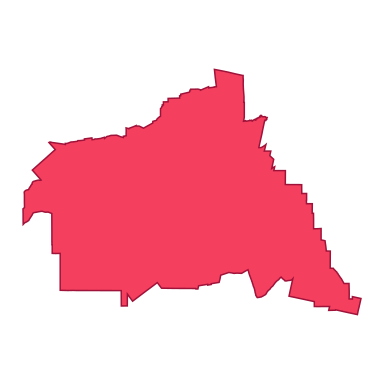 Río Segundo, Córdoba, Argentina
{"feature_id": "61730980B13530253245747", "entity_name": "Río Segundo", "entity_type": "district", "adm_level": 2, "iso_a3": "ARG", "parent_name": "Argentina", "parent_adm1": "Córdoba", "projection": "albers", "projection_center": [-63.428, -31.688], "detail": "fine", "context": "isolated", "style": "filled", "palette": "rose", "viewbox_px": 384, "rotation_deg": 0, "n_neighbors": 0, "source": "geoboundaries", "source_scale": "gbopen_adm2", "svg_char_len": 5882}
<svg xmlns="http://www.w3.org/2000/svg" viewBox="0 0 384 384"><path d="M242.9,75.5L235.5,73.9L228.0,72.1L221.2,70.7L214.4,69.4L214.6,71.1L215.3,78.0L216.4,86.7L214.2,86.9L214.2,87.2L209.7,87.7L208.8,87.9L208.6,86.7L205.4,88.1L200.6,90.1L200.6,89.8L198.4,89.2L197.8,89.1L194.5,89.2L191.2,89.2L190.8,89.2L190.8,89.7L190.0,90.1L189.8,91.0L189.8,91.5L189.4,92.1L187.5,92.6L180.7,94.2L180.7,95.7L179.6,95.8L179.6,98.1L168.1,98.4L168.1,101.8L163.4,101.9L163.4,104.9L162.3,104.9L162.4,106.1L161.9,106.3L161.5,107.6L160.5,108.6L160.5,116.3L160.1,116.5L159.7,116.8L159.4,116.8L158.8,117.5L158.3,117.8L157.1,118.9L156.5,120.3L152.8,121.4L152.8,123.0L143.4,128.2L142.8,127.8L139.2,126.1L135.7,126.0L135.8,125.7L133.4,126.7L128.8,128.4L128.8,128.7L126.1,127.9L126.2,130.8L126.1,134.1L126.2,135.7L124.7,136.0L124.3,136.1L124.3,136.3L123.4,136.2L123.3,137.5L120.5,136.7L116.7,135.2L110.9,135.4L109.4,135.9L109.3,136.0L106.9,136.5L105.9,137.3L105.7,137.5L104.6,138.4L104.4,137.3L101.2,138.2L100.9,138.4L96.4,139.0L95.6,138.9L94.5,139.1L94.4,139.4L92.1,139.7L91.9,137.9L89.0,138.3L84.4,138.9L84.5,140.0L81.9,140.4L79.7,140.6L77.9,140.6L77.3,141.3L72.8,141.9L70.9,142.0L68.1,143.1L66.3,143.5L65.3,143.4L65.3,144.5L63.5,144.1L55.8,143.0L50.7,142.3L50.7,142.1L49.6,142.1L48.9,142.5L54.0,148.2L55.3,149.6L52.3,152.2L48.1,156.0L46.7,157.3L40.9,162.4L32.3,170.1L39.2,177.9L41.1,180.1L40.6,180.3L39.6,180.3L38.5,180.1L38.2,180.1L37.1,180.4L36.6,180.5L34.2,181.2L33.5,181.4L32.9,181.8L32.7,182.0L32.4,182.6L32.1,183.1L32.1,183.6L32.2,183.8L32.2,184.0L31.7,184.3L31.5,184.5L31.3,184.9L30.8,185.6L30.6,186.3L29.9,187.0L29.7,187.7L29.1,188.2L28.8,189.3L28.6,189.6L26.4,190.1L25.8,190.4L25.2,190.8L24.9,191.1L24.7,191.5L24.5,191.8L24.2,192.0L24.4,194.8L24.4,202.1L24.5,207.4L23.6,208.4L23.0,208.8L23.1,213.9L23.1,219.8L23.2,224.4L24.6,222.9L25.3,222.5L25.8,222.3L27.3,221.5L28.8,220.4L29.6,218.9L32.0,215.2L33.0,213.2L33.7,212.7L37.0,212.1L38.4,211.8L40.8,211.4L42.2,211.3L44.5,212.0L45.6,212.2L47.6,212.1L48.2,212.1L51.8,213.5L51.9,232.9L51.9,236.6L51.9,241.9L52.0,241.9L51.9,244.7L52.2,244.7L52.2,253.4L55.5,253.5L60.2,253.4L60.2,255.9L60.2,258.5L60.2,261.9L60.2,270.9L60.2,274.2L60.2,277.2L60.2,290.3L67.9,290.5L73.3,290.4L76.2,290.5L82.0,290.5L118.9,290.6L121.2,290.6L121.3,306.0L127.3,305.9L127.4,294.1L132.6,301.2L146.6,290.6L149.6,288.4L157.3,282.6L161.5,288.2L174.7,288.4L195.6,288.5L195.8,289.0L197.9,289.0L198.6,285.8L207.7,284.3L207.7,285.1L211.2,284.5L211.2,283.7L219.1,282.4L219.9,279.4L220.4,276.9L220.7,275.2L228.8,272.5L231.7,272.9L234.0,273.4L237.0,273.1L240.5,273.3L241.7,273.3L245.4,271.1L248.0,269.7L249.3,274.4L251.7,280.8L251.7,281.1L252.3,282.3L252.3,282.9L252.6,283.7L253.0,284.7L253.1,285.4L253.5,286.6L254.1,287.7L254.2,288.3L254.6,289.5L254.6,289.8L255.0,291.3L255.0,291.9L255.1,292.2L255.2,292.5L255.2,292.8L255.4,293.3L255.6,294.1L255.7,294.4L255.7,294.8L255.8,295.2L255.9,295.5L256.1,295.7L256.3,296.1L256.9,297.0L257.1,297.5L257.3,297.6L259.5,297.3L260.0,297.1L260.4,297.1L261.2,297.0L262.3,296.4L262.9,296.1L264.2,295.3L265.2,294.8L266.1,293.9L266.2,293.7L267.0,292.1L268.4,290.4L269.8,289.3L270.3,288.7L270.7,288.0L271.3,287.3L271.5,287.1L272.6,286.2L273.0,285.8L273.9,284.4L274.3,284.0L274.5,283.5L274.9,283.1L275.2,282.8L275.3,282.5L275.9,282.0L276.3,281.5L277.0,280.8L277.6,280.5L277.9,280.2L278.9,279.5L279.2,278.9L279.7,278.4L280.0,277.9L280.4,277.8L280.6,277.5L281.1,277.1L281.6,277.6L281.9,278.0L282.3,278.3L282.7,278.8L283.2,279.1L283.5,279.5L284.0,279.7L284.3,280.1L284.7,280.3L284.9,280.7L285.0,280.9L286.8,280.9L287.7,280.6L289.9,280.4L290.9,280.2L291.9,279.7L292.8,278.7L291.2,286.0L289.0,296.2L294.3,297.3L307.4,300.1L314.3,301.6L314.3,306.5L318.1,306.6L322.7,306.5L329.6,306.5L328.7,310.4L335.6,310.2L335.7,309.8L344.0,311.7L357.4,314.6L358.1,311.0L359.1,306.9L361.0,298.5L352.4,296.6L352.4,299.0L349.1,298.9L349.2,295.6L349.2,291.6L349.0,283.5L344.0,283.5L343.1,281.9L342.1,280.1L341.4,278.8L340.8,278.0L340.6,277.9L339.1,275.6L338.1,274.2L337.8,273.4L337.1,272.9L336.8,272.0L335.8,271.2L335.3,270.5L334.2,269.6L333.3,268.3L330.2,268.2L330.3,251.1L326.3,251.0L325.8,246.3L325.0,240.7L321.1,239.9L321.1,234.7L321.1,228.5L318.0,228.7L313.6,228.8L313.6,219.2L313.5,213.3L312.2,213.3L312.3,203.7L306.5,203.7L306.4,200.4L306.6,200.3L306.6,193.5L301.8,193.5L301.7,187.8L301.7,184.7L297.5,184.6L289.5,184.6L285.3,184.5L285.4,170.6L273.8,170.6L274.7,166.7L273.1,167.5L271.8,168.4L273.7,159.3L269.8,155.7L270.8,151.1L264.3,151.1L265.9,144.5L264.7,145.5L261.9,147.2L261.2,147.5L260.5,147.6L258.8,147.6L261.9,133.9L262.8,129.2L264.7,120.4L264.8,120.2L265.0,120.2L265.2,120.5L265.3,120.6L265.7,120.6L265.9,120.3L265.9,120.0L266.2,119.7L266.5,119.6L266.8,119.3L266.7,119.0L266.5,118.8L266.5,118.5L266.9,118.2L267.2,117.5L267.0,117.4L265.8,117.4L265.5,117.2L265.3,116.8L264.9,116.6L264.6,116.6L263.8,116.8L262.8,116.6L262.0,116.7L261.8,116.6L261.7,116.1L261.6,115.5L261.2,115.4L260.6,115.4L260.1,115.9L260.0,116.1L260.0,116.4L260.2,116.8L260.1,117.0L259.9,116.9L259.8,116.7L259.5,116.7L259.2,117.2L259.2,117.4L259.1,117.6L258.8,117.8L258.2,117.7L258.0,117.9L257.8,117.9L257.4,118.2L257.4,118.4L257.3,118.5L257.2,118.6L256.9,118.4L256.7,118.7L256.3,118.8L256.1,119.0L255.4,119.1L255.4,119.3L255.5,119.5L255.9,119.9L255.9,120.0L255.7,120.1L255.3,120.1L254.9,119.7L254.5,119.6L254.2,119.7L253.5,120.1L252.9,120.3L252.7,120.5L252.8,120.7L252.7,120.9L252.4,121.1L251.9,120.9L251.4,120.2L251.2,120.2L251.1,120.3L251.0,120.5L250.8,120.6L250.3,120.5L249.9,120.6L249.7,120.3L249.2,120.6L248.5,120.8L248.2,120.8L247.9,120.9L247.3,121.0L246.9,121.1L246.6,121.0L246.1,121.3L245.9,121.2L245.8,120.9L245.4,120.6L245.0,120.7L244.4,121.2L244.1,121.3L243.5,121.3L244.3,117.3L244.3,102.4L243.7,102.3L243.8,101.2L244.0,101.2L244.0,96.7L243.5,90.4L243.3,86.9L243.2,83.7L243.3,79.7L243.2,79.5L243.2,78.5L243.1,78.4L243.1,75.5L242.9,75.5Z" fill="#f43f5e" stroke="#9f1239" stroke-width="1.5"/></svg>